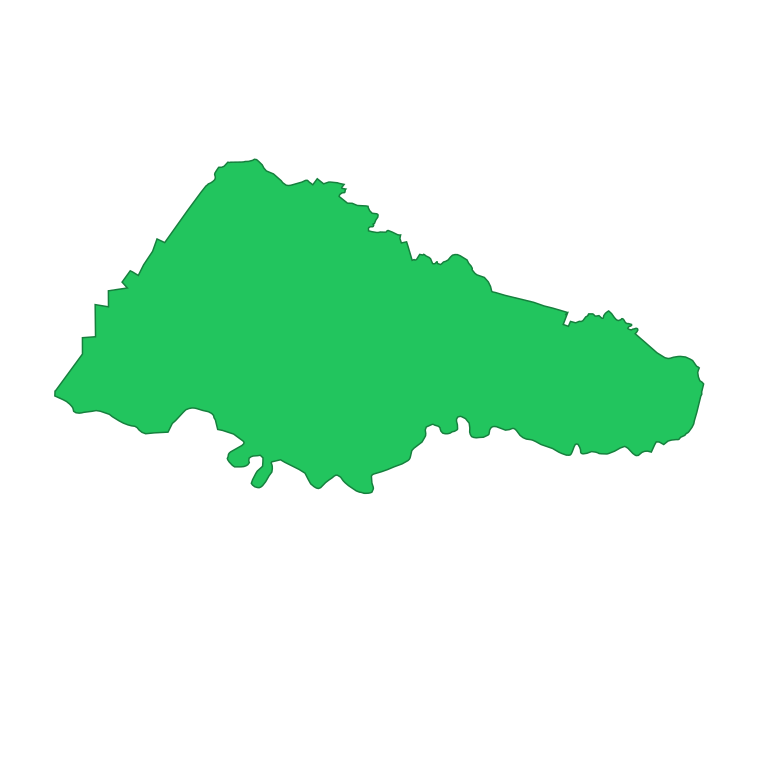 the district of Ayotoxco de Guerrero, Puebla, Mexico, rotated 298°
{"feature_id": "50627088B34182004017380", "entity_name": "Ayotoxco de Guerrero", "entity_type": "district", "adm_level": 2, "iso_a3": "MEX", "parent_name": "Mexico", "parent_adm1": "Puebla", "projection": "mercator", "projection_center": [-97.405, 20.072], "detail": "fine", "context": "isolated", "style": "filled", "palette": "green", "viewbox_px": 768, "rotation_deg": 298, "n_neighbors": 0, "source": "geoboundaries", "source_scale": "gbopen_adm2", "svg_char_len": 6165}
<svg xmlns="http://www.w3.org/2000/svg" viewBox="0 0 768 768"><g transform="rotate(298 384 384)"><path d="M240.1,215.9L249.8,215.6L253.7,217.1L264.7,220.0L268.2,221.1L270.8,223.3L272.7,225.7L273.7,227.8L274.3,229.8L275.6,236.5L277.1,242.0L277.1,245.7L276.2,248.3L274.4,249.8L273.2,251.9L265.8,258.5L267.2,263.1L269.2,274.7L267.5,286.3L266.8,287.8L265.4,288.2L263.0,287.4L252.0,280.4L250.3,279.8L248.9,279.7L246.5,280.5L244.7,280.6L243.7,281.7L242.5,283.9L241.0,288.3L240.7,291.0L243.9,296.9L245.3,299.0L246.9,300.5L248.7,301.6L251.3,302.0L252.8,300.6L255.2,299.7L257.4,300.8L259.0,302.3L261.4,306.1L263.0,308.2L262.0,311.8L258.5,313.6L254.3,315.4L247.6,313.0L244.9,312.8L237.8,312.9L234.0,313.5L233.1,315.3L232.6,318.1L233.1,320.7L233.8,322.4L235.2,323.6L237.2,324.5L242.2,325.4L249.1,325.6L253.6,326.3L256.7,325.2L259.0,323.9L260.5,322.5L261.3,321.4L262.6,321.5L268.5,328.2L268.3,333.2L268.7,349.1L268.2,356.1L264.1,362.0L261.4,366.2L260.5,370.5L260.4,373.1L260.9,375.1L262.7,376.7L269.5,378.7L273.3,380.4L276.7,382.2L279.4,383.3L280.9,384.3L281.6,385.7L281.4,389.4L279.4,393.4L278.6,395.8L277.6,400.3L276.6,409.7L277.0,413.1L277.6,414.7L278.1,417.6L279.0,419.4L280.5,421.8L281.8,423.3L282.9,424.1L286.5,423.8L287.8,423.0L290.9,419.8L292.8,418.6L296.8,416.1L298.4,416.3L299.7,417.2L305.5,423.1L310.1,427.3L315.5,431.7L322.0,437.5L327.6,441.1L329.4,441.7L331.0,441.7L332.7,441.3L338.3,439.8L341.4,440.6L350.6,444.8L355.3,445.0L357.8,445.0L359.9,444.1L362.8,442.0L365.9,441.5L371.0,445.5L371.5,446.4L371.5,448.2L372.2,451.6L372.0,453.0L371.6,454.0L370.5,454.9L369.1,456.4L368.2,458.9L368.6,460.7L369.1,462.0L370.1,463.7L371.5,465.3L374.0,466.8L375.0,468.1L376.3,469.1L378.1,470.1L378.8,470.1L382.4,468.0L385.3,465.4L387.2,464.5L389.5,464.7L390.2,465.3L391.4,466.8L391.6,468.2L391.7,472.2L389.4,477.6L385.5,480.4L381.8,482.2L380.0,483.9L378.7,486.0L378.9,488.2L379.8,490.7L381.5,493.2L383.7,496.8L386.9,499.2L388.1,500.0L389.1,500.2L393.1,498.9L395.5,499.0L397.3,499.9L398.3,501.4L399.1,503.3L400.3,512.9L402.6,516.1L405.0,518.2L405.7,519.6L405.6,521.1L405.1,522.8L402.5,528.3L401.9,531.9L402.2,535.5L403.8,539.9L404.2,541.6L404.4,545.2L404.3,551.0L406.2,563.1L405.9,570.2L406.1,573.5L406.8,578.3L408.0,580.8L408.9,581.8L410.2,582.1L412.6,582.0L417.9,581.3L420.4,581.3L421.4,582.1L421.8,583.6L420.0,586.5L418.2,588.4L416.1,589.7L415.5,590.6L415.5,591.7L416.0,592.9L418.1,595.7L421.8,599.0L423.2,602.8L423.6,604.9L423.6,606.6L424.5,608.8L426.9,613.7L428.1,615.0L432.9,619.1L438.5,622.7L441.8,625.7L442.0,626.9L441.8,629.6L439.5,636.3L439.1,639.2L439.2,640.3L440.4,642.1L444.8,643.9L446.9,645.7L448.4,648.1L449.4,652.0L457.5,651.5L460.7,651.6L462.0,654.3L461.9,659.4L467.0,661.6L469.5,664.2L472.2,668.2L473.0,669.8L473.7,670.4L476.2,670.9L479.9,673.7L482.5,674.2L482.9,674.7L484.0,675.3L485.2,675.6L490.4,676.3L494.2,676.2L497.2,675.3L505.8,673.5L522.0,669.4L524.1,669.4L526.2,668.2L534.1,666.2L534.9,664.1L535.2,661.3L537.8,658.3L541.4,655.6L543.6,655.1L546.2,654.8L546.5,653.1L546.4,651.7L549.6,645.5L549.7,642.7L549.4,637.6L547.5,632.7L546.3,630.7L543.5,627.0L541.1,624.6L539.9,622.9L539.1,619.7L539.7,610.4L546.3,582.2L548.8,582.8L550.8,582.8L551.7,582.0L551.8,581.0L551.2,580.0L549.9,578.9L549.5,578.1L547.9,577.0L547.5,575.7L547.3,573.9L547.5,573.2L548.1,573.1L549.5,573.3L550.4,573.9L550.8,574.5L552.0,575.1L552.8,574.6L552.1,571.4L551.5,570.2L551.4,569.3L551.9,567.7L553.0,566.1L553.6,564.7L553.6,563.8L553.3,563.3L551.9,562.9L550.0,561.1L549.8,559.1L550.8,556.3L553.0,551.9L554.0,548.1L552.9,547.4L550.4,546.3L548.1,546.0L547.3,546.0L545.4,546.6L544.8,546.4L544.4,545.7L544.5,544.7L545.3,541.7L543.5,539.4L543.1,538.4L543.9,536.2L543.8,535.2L542.0,531.8L541.1,531.7L540.5,532.0L539.4,531.6L537.9,530.6L533.3,529.9L531.8,528.8L531.0,527.0L528.0,524.5L526.8,519.3L521.5,519.7L520.7,514.3L532.5,512.8L530.0,511.6L533.3,512.4L530.2,497.3L528.1,488.9L526.4,477.9L519.1,449.3L517.1,439.5L516.2,436.3L516.6,435.4L520.1,432.3L523.1,428.2L525.2,422.6L524.0,414.8L524.4,412.3L526.1,408.4L526.6,407.9L527.1,407.9L527.7,407.5L529.1,405.4L530.3,402.2L532.5,399.1L533.0,391.1L532.7,388.1L531.6,385.9L529.9,384.0L527.3,383.1L523.7,382.4L521.3,380.9L519.6,379.2L517.5,378.6L516.0,377.8L515.5,374.7L516.8,373.6L516.6,373.2L514.2,372.5L513.3,371.2L513.2,370.3L516.4,366.4L516.9,364.6L516.8,360.9L517.2,359.0L517.1,358.1L516.1,357.7L515.2,354.7L509.5,354.3L508.5,353.8L507.9,353.1L508.0,352.2L506.4,350.8L517.2,340.2L520.1,337.2L516.7,333.1L520.0,329.7L523.4,328.7L522.9,328.0L522.2,326.0L522.0,319.9L521.5,315.6L520.9,314.9L519.2,314.5L518.7,314.0L516.4,309.3L515.1,307.8L514.3,306.3L512.8,301.8L512.0,298.4L514.2,297.2L515.0,297.2L516.3,298.0L517.6,300.2L518.2,300.5L519.2,300.4L520.0,299.3L520.5,299.4L521.1,300.2L524.9,299.8L528.4,300.2L530.3,299.5L530.8,299.0L530.9,297.7L529.2,293.4L530.3,290.0L532.3,287.3L533.4,286.5L532.8,284.6L529.1,276.6L528.6,271.0L526.5,266.9L528.5,256.3L530.1,256.0L531.0,256.2L533.1,257.3L534.5,259.3L535.1,259.4L537.4,258.6L538.2,258.8L537.0,255.0L537.7,254.4L541.5,255.1L540.2,250.6L539.8,248.4L537.1,241.8L536.4,240.5L532.4,236.7L533.9,228.7L526.5,227.6L527.0,224.7L527.0,223.7L527.7,221.6L527.8,220.5L526.9,219.1L523.7,216.7L515.8,208.5L514.4,206.5L513.6,204.3L514.2,200.0L515.2,197.9L517.6,187.8L516.9,180.1L518.3,176.5L520.3,173.6L521.7,168.9L522.3,166.2L521.6,164.1L519.8,163.0L516.8,159.7L515.4,157.1L514.2,155.8L513.0,153.9L507.7,144.3L507.1,143.7L506.5,142.0L501.2,140.6L499.2,139.0L497.7,136.3L494.2,135.9L490.9,135.7L489.5,136.1L487.9,137.6L486.6,138.4L484.8,138.6L482.5,137.8L480.2,136.6L478.1,134.9L477.1,134.7L475.1,133.8L467.3,132.4L445.0,129.1L405.9,124.0L405.5,115.5L392.5,117.4L376.4,115.8L364.5,116.1L364.9,109.4L364.8,106.8L351.0,104.9L348.3,112.3L336.9,96.9L322.8,104.5L318.5,91.7L290.3,107.1L283.3,96.0L268.9,103.7L223.3,97.1L223.2,96.9L218.9,99.0L219.5,107.9L219.5,111.6L218.7,115.9L217.5,119.2L216.5,120.8L214.2,122.8L214.0,125.5L215.2,128.6L216.5,130.5L218.1,132.3L222.6,138.7L225.4,142.3L226.8,146.3L228.3,155.8L227.6,159.5L227.1,167.2L227.1,172.2L227.7,177.1L228.5,180.6L229.7,183.9L229.6,186.5L228.4,189.3L227.7,193.0L228.2,196.9L233.0,204.1L240.1,215.9Z" fill="#22c55e" stroke="#15803d" stroke-width="1.5"/></g></svg>